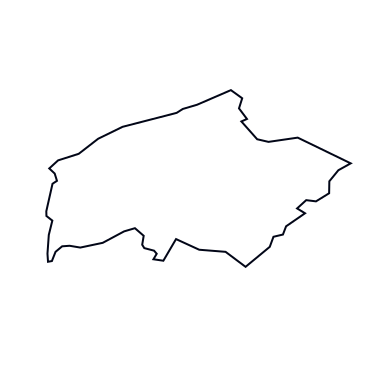 Gloucester, Virginia, United States of America (Equal Earth projection), rotated 107°
{"feature_id": "52423323B10302998803932", "entity_name": "Gloucester", "entity_type": "district", "adm_level": 2, "iso_a3": "USA", "parent_name": "United States of America", "parent_adm1": "Virginia", "projection": "equal_earth", "projection_center": [-76.514, 37.422], "detail": "fine", "context": "isolated", "style": "outline", "palette": "ink", "viewbox_px": 384, "rotation_deg": 107, "n_neighbors": 0, "source": "geoboundaries", "source_scale": "gbopen_adm2", "svg_char_len": 836}
<svg xmlns="http://www.w3.org/2000/svg" viewBox="0 0 384 384"><g transform="rotate(107 192 192)"><path d="M83.2,184.6L107.1,212.7L115.3,225.1L120.8,229.8L150.0,277.5L168.5,297.3L188.6,311.5L200.9,329.3L211.2,335.4L214.5,328.7L220.8,324.4L224.9,327.8L253.0,325.7L257.5,324.2L260.2,317.2L274.9,316.4L293.2,312.2L300.8,309.3L299.0,305.8L289.1,305.0L281.9,300.3L279.2,293.3L277.8,282.6L266.7,262.5L249.5,245.4L243.3,236.0L248.0,225.4L257.0,224.2L259.6,221.2L259.2,211.1L261.4,207.7L267.6,209.2L266.1,199.3L241.7,193.5L245.1,168.2L239.4,142.4L247.9,118.9L221.7,101.6L211.0,101.0L206.1,92.6L197.3,92.0L179.3,77.7L177.0,86.7L166.4,80.4L164.7,70.7L153.1,60.5L141.6,63.8L128.4,58.4L118.2,48.6L109.1,106.8L121.7,133.5L122.5,145.1L110.1,165.4L106.1,160.8L98.3,171.5L87.7,171.4L83.2,184.6Z" fill="none" stroke="#020617" stroke-width="2"/></g></svg>